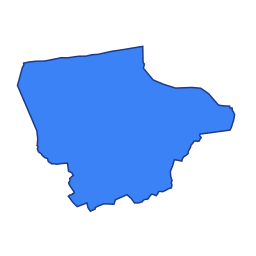 Birnin Magaji-Kiyaw, Zamfara, Nigeria (Equal Earth projection), rotated 266°
{"feature_id": "59680162B42162352171568", "entity_name": "Birnin Magaji-Kiyaw", "entity_type": "district", "adm_level": 2, "iso_a3": "NGA", "parent_name": "Nigeria", "parent_adm1": "Zamfara", "projection": "equal_earth", "projection_center": [6.819, 12.47], "detail": "fine", "context": "isolated", "style": "filled", "palette": "blue", "viewbox_px": 256, "rotation_deg": 266, "n_neighbors": 0, "source": "geoboundaries", "source_scale": "gbopen_adm2", "svg_char_len": 1996}
<svg xmlns="http://www.w3.org/2000/svg" viewBox="0 0 256 256"><g transform="rotate(266 128 128)"><path d="M142.7,230.9L143.5,224.3L144.6,219.8L156.7,210.7L162.6,203.3L164.0,194.6L164.5,178.2L169.3,166.1L174.2,156.4L181.2,151.4L186.5,147.6L190.7,148.8L192.3,147.6L208.4,148.4L206.0,122.4L205.8,118.3L205.6,116.9L205.2,113.9L204.4,108.7L203.8,104.8L203.6,103.7L203.6,96.8L202.6,91.2L203.0,84.1L202.7,78.7L202.2,72.6L202.8,66.4L201.1,53.6L200.7,50.2L200.6,49.1L201.0,41.5L201.0,39.6L200.7,33.1L200.4,31.4L200.0,28.4L197.9,28.5L196.2,27.1L190.6,25.1L190.4,25.0L189.0,24.5L182.6,22.3L178.2,20.7L131.5,36.9L123.7,37.2L117.2,36.3L117.0,36.0L115.8,37.0L115.0,36.9L113.7,36.1L111.4,36.8L110.6,36.9L109.3,38.4L108.5,39.7L107.0,40.3L104.4,42.7L103.1,45.6L100.2,46.1L98.9,47.5L98.2,48.9L97.6,49.1L97.6,50.3L97.3,52.4L96.8,54.6L97.2,59.7L97.1,65.2L88.9,65.7L87.4,68.9L86.4,69.0L84.7,70.2L81.7,66.3L79.6,66.6L77.4,64.9L75.3,65.6L67.9,69.8L67.1,69.9L66.8,69.7L66.6,69.2L66.5,68.5L66.4,68.1L66.1,68.0L65.7,68.0L65.6,67.7L65.5,67.3L65.5,66.6L65.2,66.2L65.1,65.8L65.2,65.2L64.9,64.8L64.5,64.6L64.3,64.3L64.3,63.8L64.1,63.7L57.9,67.7L53.1,71.8L56.1,81.8L52.1,82.4L50.5,82.9L47.6,84.7L49.5,89.6L50.9,89.8L52.2,92.7L54.0,98.6L53.6,103.1L52.9,108.6L57.3,110.5L61.5,122.3L57.5,126.3L52.7,129.3L52.8,129.8L52.5,133.0L53.5,137.2L54.5,137.9L55.2,139.0L55.7,140.3L55.5,142.2L56.2,143.4L57.9,144.5L59.4,146.0L60.3,146.9L60.1,148.4L58.5,151.3L60.6,153.3L61.4,153.4L62.4,154.3L62.5,156.1L62.0,157.9L63.1,161.1L64.6,164.1L65.2,167.0L66.9,167.6L68.4,167.8L70.5,167.3L72.3,168.3L76.5,167.3L81.6,167.2L86.9,169.7L93.1,172.1L92.5,174.9L91.2,179.4L93.6,180.1L95.5,181.7L96.5,183.8L98.3,186.2L100.4,186.4L104.4,189.0L106.4,189.6L108.6,191.8L110.2,192.8L110.3,194.9L109.8,196.5L110.2,198.3L111.6,198.8L112.6,199.8L113.5,200.3L115.2,199.0L116.9,199.4L117.9,215.4L118.8,229.6L121.1,231.0L128.7,234.0L133.8,235.3L137.0,234.1L137.9,233.4L140.7,233.2L140.9,231.1L142.7,230.9Z" fill="#3b82f6" stroke="#1e3a8a" stroke-width="1.5"/></g></svg>